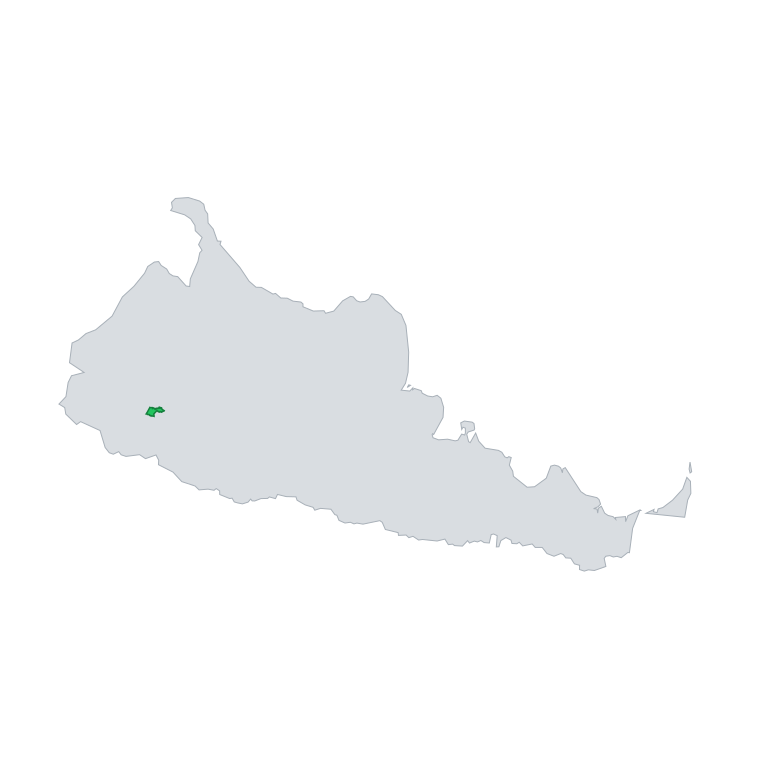 Tafí del Valle, Tucumán, Argentina shown in context, rotated 278°
{"feature_id": "61730980B13889034691247", "entity_name": "Tafí del Valle", "entity_type": "district", "adm_level": 2, "iso_a3": "ARG", "parent_name": "Argentina", "parent_adm1": "Tucumán", "projection": "orthographic", "projection_center": [-65.815, -26.661], "detail": "fine", "context": "in_parent", "style": "filled", "palette": "green", "viewbox_px": 768, "rotation_deg": 278, "n_neighbors": 0, "source": "geoboundaries", "source_scale": "gbopen_adm2", "svg_char_len": 6042}
<svg xmlns="http://www.w3.org/2000/svg" viewBox="0 0 768 768"><g transform="rotate(278 384 384)"><path d="M467.0,236.1L462.0,243.8L462.6,249.1L457.6,261.5L458.6,264.0L454.8,269.8L455.5,276.3L453.4,282.4L453.6,290.3L452.1,292.6L449.2,293.0L446.4,303.8L448.2,314.4L445.9,316.3L449.2,324.1L460.6,331.5L466.1,338.6L466.0,341.4L462.6,345.4L461.9,348.9L463.2,353.8L466.0,357.0L471.5,359.2L471.6,366.0L470.3,370.3L458.4,384.9L455.4,391.4L445.0,397.6L419.0,404.0L399.0,406.2L387.7,405.2L380.3,401.9L380.6,410.5L384.2,413.1L382.3,413.2L383.8,414.8L382.6,421.8L380.2,423.1L378.2,428.9L378.1,434.0L380.2,438.2L377.8,442.3L369.2,446.3L359.2,447.1L340.9,440.2L341.6,439.1L340.6,438.7L337.6,440.0L336.3,445.8L338.2,454.7L337.6,462.4L338.6,465.0L345.2,467.9L344.7,471.0L346.9,471.4L351.6,470.7L352.2,468.2L349.8,467.3L356.2,465.4L358.5,468.7L358.5,476.6L357.4,478.6L352.3,480.0L350.9,479.6L348.2,474.1L345.8,472.9L338.7,475.8L337.9,477.5L348.2,481.6L340.5,485.8L334.5,493.0L334.2,506.5L332.8,510.2L328.7,513.7L328.0,516.2L329.4,517.7L328.9,520.2L321.1,519.4L315.6,523.6L310.6,525.0L301.7,540.1L303.2,547.4L313.3,557.8L325.9,560.6L327.4,564.1L326.9,568.2L325.4,570.7L320.9,573.0L324.8,573.0L326.4,575.1L304.8,593.9L302.1,599.4L301.1,610.6L299.5,613.0L295.2,615.2L292.2,613.0L289.7,608.9L289.9,612.3L285.9,613.6L290.8,613.6L293.2,616.2L286.8,620.5L285.0,624.2L284.5,629.3L282.1,632.4L284.0,631.7L286.3,641.6L281.3,642.4L287.5,643.9L295.0,655.1L294.5,656.0L294.2,654.8L275.7,650.3L251.1,650.5L251.1,648.9L245.0,643.1L245.8,638.7L244.6,635.1L245.5,631.6L244.3,627.6L242.0,626.3L234.2,629.1L228.6,618.3L228.4,612.2L226.6,608.4L227.5,603.4L231.7,602.9L232.4,597.6L237.5,593.2L237.1,588.2L240.1,585.2L240.7,582.6L237.1,576.3L238.8,569.0L244.2,563.4L243.2,556.5L246.2,553.0L243.0,543.9L246.1,539.9L244.3,537.8L243.9,532.9L247.1,531.5L248.9,526.1L245.2,521.5L238.8,520.4L238.3,517.9L249.6,517.2L250.7,513.4L249.8,511.1L241.2,510.4L240.9,505.2L242.5,501.7L240.6,498.5L241.0,495.3L238.4,490.8L240.5,488.6L234.4,484.2L233.8,476.3L235.0,474.3L233.9,470.1L238.9,465.9L235.9,458.4L235.4,443.8L234.3,440.0L237.2,433.9L235.3,430.0L237.5,426.9L236.1,419.4L238.8,418.7L240.1,405.6L246.8,401.5L248.1,398.9L242.3,382.7L242.5,376.5L241.3,373.7L242.4,370.0L240.9,364.7L242.7,358.4L247.5,355.6L247.8,353.5L252.6,348.9L252.0,338.4L249.4,333.0L252.0,331.0L253.3,322.8L256.8,314.1L260.0,312.5L258.9,302.8L259.8,293.9L255.4,292.5L256.2,286.2L254.5,284.7L253.4,278.1L250.2,272.3L249.9,269.7L251.5,268.0L248.1,265.8L245.6,260.5L245.9,255.5L246.4,252.1L249.8,249.5L249.1,247.1L251.7,236.7L255.3,236.1L257.1,232.4L255.1,230.5L255.4,224.4L253.4,215.6L256.7,211.1L259.2,197.3L267.4,187.3L272.7,171.9L277.2,171.5L282.0,168.1L276.9,158.2L280.0,151.8L276.4,138.6L277.3,133.6L280.1,130.7L276.8,125.7L277.7,121.5L282.3,116.7L298.4,109.3L304.5,88.8L301.1,85.2L309.9,73.1L316.2,71.1L318.9,64.9L327.2,70.8L341.5,71.0L348.7,73.4L353.7,85.4L361.3,69.6L381.2,69.4L385.1,75.3L392.5,81.9L397.5,90.9L413.4,105.3L433.8,112.8L446.0,122.8L460.4,131.5L467.5,133.7L472.8,139.6L473.9,143.8L470.4,146.8L467.6,152.8L463.5,156.0L461.7,159.9L461.6,164.8L453.5,174.4L453.5,178.0L461.2,177.6L479.4,182.7L488.3,183.3L491.1,185.2L496.2,181.0L503.8,183.5L509.5,175.8L514.7,174.7L520.6,169.6L523.8,163.0L526.1,148.6L529.0,149.9L534.3,148.3L538.7,151.6L541.4,164.3L539.5,176.0L536.9,180.5L531.2,182.6L527.9,185.7L519.0,187.4L513.7,193.3L502.4,199.1L502.7,202.7L499.3,202.2L479.3,225.1L467.0,236.1ZM293.9,700.3L292.4,661.4L297.4,668.9L295.1,668.5L294.6,672.2L298.5,672.9L300.5,677.4L309.1,685.9L321.5,694.4L333.7,696.9L330.3,701.0L318.4,703.1L311.4,700.9L293.9,700.3ZM338.5,699.5L342.2,698.0L349.3,697.9L339.9,700.9L338.5,699.5ZM386.6,408.6L386.4,410.4L383.8,407.5L386.6,408.6Z" fill="#d9dde1" stroke="#a8b0b8" stroke-width="1"/><path d="M325.1,167.6L325.3,167.8L325.5,167.8L325.7,168.0L325.7,168.3L325.7,168.5L325.8,168.6L326.0,168.7L326.0,168.8L326.2,169.0L326.3,169.1L326.3,169.3L326.4,169.5L326.5,169.4L326.6,169.5L326.7,169.8L326.8,169.9L326.8,170.0L327.0,170.1L327.1,169.9L327.1,169.7L327.0,169.4L327.0,169.2L327.5,168.9L327.7,168.7L327.8,168.4L327.9,168.2L328.0,168.0L328.0,167.9L328.1,167.7L328.3,167.6L328.5,167.5L328.7,167.3L328.8,167.2L329.0,167.2L329.3,167.1L329.3,166.9L329.2,166.9L329.2,166.7L329.1,166.4L329.2,166.2L329.3,166.0L329.5,166.1L329.5,165.9L329.6,165.7L329.7,165.2L329.8,165.0L329.8,164.7L329.7,164.5L329.6,164.4L329.4,164.4L329.1,164.4L328.9,164.4L328.8,164.5L328.8,164.4L328.6,164.0L328.5,163.9L328.2,163.0L328.3,163.0L328.3,162.9L328.3,162.7L328.5,162.6L328.4,162.4L328.3,162.2L328.2,162.0L328.1,161.9L327.4,161.6L327.4,161.4L327.2,161.3L327.3,161.3L327.3,161.2L327.1,161.0L327.2,160.9L327.2,160.7L327.4,160.5L327.3,160.4L327.4,160.2L327.6,160.1L327.9,160.4L327.9,160.2L327.9,159.8L328.0,159.6L328.0,159.4L328.0,159.1L327.8,158.7L327.7,158.6L327.6,158.4L327.8,158.4L327.9,158.5L328.0,158.6L328.3,158.6L328.3,158.4L328.4,158.1L328.4,157.9L328.3,157.7L328.2,157.5L328.2,157.4L328.3,157.3L328.2,157.1L328.1,156.9L328.1,156.7L328.2,156.4L328.0,156.0L328.0,155.9L328.1,155.6L328.2,155.4L323.1,153.5L322.5,153.2L322.4,153.3L322.3,153.2L322.2,153.1L321.8,153.0L321.3,152.7L321.3,152.8L321.3,153.1L321.3,153.3L321.2,153.4L321.2,153.5L320.9,153.8L320.9,154.0L320.9,154.3L320.9,154.5L321.0,154.6L321.0,154.9L321.0,155.1L321.0,155.3L321.0,155.5L321.0,155.8L320.9,155.8L320.9,156.0L320.6,156.1L320.4,156.2L320.3,156.3L320.2,156.6L320.3,156.7L320.3,156.9L320.3,157.1L320.2,157.3L320.1,157.5L319.9,157.6L319.9,157.9L319.9,158.0L320.0,158.1L320.2,158.3L320.0,158.7L320.1,158.8L320.2,159.0L320.1,159.3L320.1,159.6L320.0,159.8L320.1,160.2L320.1,160.4L320.1,160.5L320.0,160.8L320.3,160.8L320.4,160.7L322.3,160.2L326.1,162.9L326.1,163.0L325.9,163.2L325.7,163.4L325.6,163.5L325.6,163.8L325.5,164.0L325.3,164.2L325.2,164.3L325.3,164.5L325.2,164.7L325.1,164.8L325.0,165.0L325.0,165.3L324.9,165.5L325.0,165.7L325.1,165.8L325.3,165.8L325.3,166.0L325.5,166.1L325.6,166.3L325.6,166.5L325.6,166.8L325.4,166.8L325.3,167.0L325.2,167.0L325.1,167.3L325.1,167.6Z" fill="#22c55e" stroke="#15803d" stroke-width="1.5"/></g></svg>